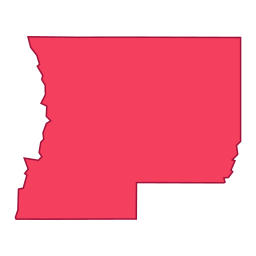 outline of Winn, Louisiana, United States of America
{"feature_id": "52423323B15053613174821", "entity_name": "Winn", "entity_type": "district", "adm_level": 2, "iso_a3": "USA", "parent_name": "United States of America", "parent_adm1": "Louisiana", "projection": "natural_earth1", "projection_center": [-92.735, 31.928], "detail": "fine", "context": "isolated", "style": "filled", "palette": "rose", "viewbox_px": 256, "rotation_deg": 0, "n_neighbors": 0, "source": "geoboundaries", "source_scale": "gbopen_adm2", "svg_char_len": 720}
<svg xmlns="http://www.w3.org/2000/svg" viewBox="0 0 256 256"><path d="M70.2,37.2L28.0,36.8L30.7,47.4L36.9,55.3L39.6,64.4L37.3,66.2L42.7,75.4L41.8,79.6L45.2,85.3L45.4,94.7L41.0,103.3L46.8,106.1L46.3,116.3L50.7,120.8L46.4,123.5L43.0,132.7L43.7,139.2L40.8,142.3L39.1,152.5L41.8,156.7L38.4,160.3L24.2,158.1L28.2,169.1L24.7,173.5L26.9,175.1L23.3,188.1L18.5,189.1L17.9,210.0L15.4,217.5L16.1,219.1L43.8,219.2L120.1,219.0L136.3,219.0L136.3,217.7L136.5,182.6L150.1,182.6L223.7,182.8L225.0,182.3L223.9,177.9L228.4,177.5L232.7,171.8L231.0,170.0L235.0,160.8L232.3,159.9L237.7,154.3L236.5,145.5L240.6,141.4L240.6,128.4L240.6,37.5L127.4,37.2L109.2,37.2L78.0,37.3L70.2,37.2Z" fill="#f43f5e" stroke="#9f1239" stroke-width="1.5"/></svg>